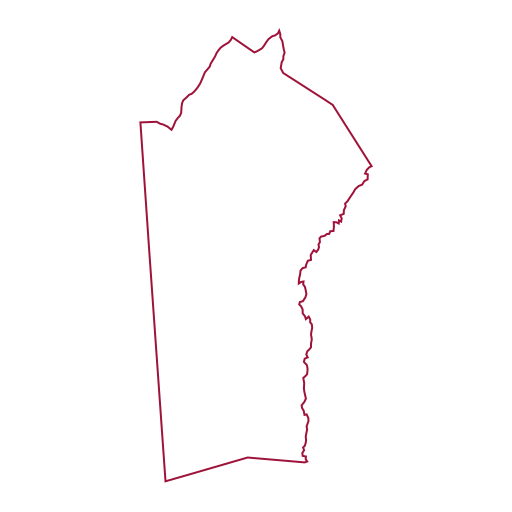 Bertolínia, Piauí, Brazil
{"feature_id": "56859067B83660365010269", "entity_name": "Bertolínia", "entity_type": "district", "adm_level": 2, "iso_a3": "BRA", "parent_name": "Brazil", "parent_adm1": "Piauí", "projection": "natural_earth1", "projection_center": [-43.815, -7.746], "detail": "fine", "context": "isolated", "style": "outline", "palette": "rose", "viewbox_px": 512, "rotation_deg": 0, "n_neighbors": 0, "source": "geoboundaries", "source_scale": "gbopen_adm2", "svg_char_len": 2211}
<svg xmlns="http://www.w3.org/2000/svg" viewBox="0 0 512 512"><path d="M332.7,104.9L325.6,100.2L283.2,73.0L280.7,68.2L281.7,62.2L283.3,59.4L283.4,56.1L284.6,52.7L283.6,48.6L283.0,45.0L282.4,41.3L280.3,37.3L280.3,34.1L279.2,30.7L278.0,33.3L275.1,35.4L272.3,36.2L268.5,39.1L266.3,42.1L263.9,45.9L262.0,48.3L259.4,49.9L256.8,51.4L254.3,52.4L232.2,37.1L230.9,39.8L228.6,42.5L223.1,45.8L220.5,47.8L218.4,50.4L216.6,53.0L215.0,56.6L210.6,63.8L209.7,66.7L204.9,72.3L202.5,78.2L200.1,83.6L197.4,87.8L194.1,91.7L191.7,93.8L189.1,94.8L186.9,97.1L183.2,100.4L182.1,103.2L181.5,107.1L181.2,112.8L179.9,115.8L177.8,118.0L175.6,120.9L173.3,126.5L171.5,129.8L167.4,126.5L162.9,124.4L160.3,123.8L156.7,121.8L140.4,122.4L149.1,249.0L150.2,264.5L165.5,481.3L247.7,457.5L250.8,457.8L304.7,462.4L307.2,461.5L305.7,459.2L305.9,456.5L302.7,455.9L302.3,453.1L304.1,450.2L303.1,447.5L304.8,445.8L305.7,442.9L306.1,440.0L305.7,436.9L306.4,432.8L307.1,429.6L306.6,426.3L308.5,421.1L308.3,417.9L306.6,414.4L304.5,414.9L303.7,410.7L302.1,408.1L301.6,405.3L304.3,402.0L305.9,398.6L304.5,392.5L303.9,388.6L304.2,383.3L303.3,377.9L305.3,376.2L307.1,374.2L307.5,370.6L307.5,368.0L306.8,365.0L303.9,361.9L304.7,358.7L307.7,357.4L306.3,354.4L307.3,351.3L309.1,349.6L311.0,347.3L311.0,343.6L311.8,339.3L311.0,334.4L311.6,330.6L312.2,327.7L311.8,324.3L310.2,322.4L310.2,319.5L308.7,316.6L305.9,319.1L305.0,316.3L302.7,313.4L302.6,309.3L301.0,306.2L299.2,304.4L299.9,302.0L302.9,301.2L305.4,297.3L306.4,294.1L305.7,290.1L304.9,286.8L303.2,284.4L303.5,281.5L301.2,281.9L298.8,283.5L298.9,280.3L299.3,277.8L300.1,274.3L300.5,270.7L302.6,268.1L305.7,267.3L306.2,264.6L307.8,260.8L311.0,259.9L310.7,255.1L312.0,252.9L313.8,250.1L316.3,252.0L318.2,249.6L319.0,247.2L318.5,244.5L319.9,242.2L319.5,238.4L321.0,236.6L324.5,235.9L326.8,234.0L329.2,233.9L330.3,231.2L333.5,231.0L333.9,226.5L333.7,222.1L336.5,222.3L338.7,223.5L339.0,220.4L341.1,221.6L341.7,218.4L340.1,215.3L343.7,213.9L343.9,210.1L345.7,206.3L345.1,203.6L347.6,201.1L350.1,197.2L352.1,194.3L353.7,191.9L355.2,189.2L358.7,186.0L362.1,184.7L364.3,181.1L367.6,179.4L367.8,174.3L365.1,173.6L366.8,169.8L369.4,167.2L371.6,166.2L332.7,104.9Z" fill="none" stroke="#9f1239" stroke-width="2"/></svg>